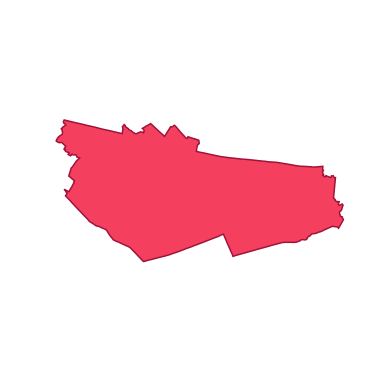 Gia Rai, Bạc Liêu, Vietnam (Albers equal-area conic projection), rotated 208°
{"feature_id": "81297802B74217032443586", "entity_name": "Gia Rai", "entity_type": "district", "adm_level": 2, "iso_a3": "VNM", "parent_name": "Vietnam", "parent_adm1": "Bạc Liêu", "projection": "albers", "projection_center": [105.394, 9.263], "detail": "fine", "context": "isolated", "style": "filled", "palette": "rose", "viewbox_px": 384, "rotation_deg": 208, "n_neighbors": 0, "source": "geoboundaries", "source_scale": "gbopen_adm2", "svg_char_len": 5938}
<svg xmlns="http://www.w3.org/2000/svg" viewBox="0 0 384 384"><g transform="rotate(208 192 192)"><path d="M88.5,276.1L92.8,273.3L96.3,271.1L98.0,270.4L99.2,270.0L100.4,269.4L105.4,267.1L107.8,265.9L108.9,265.4L112.3,264.2L113.8,263.7L118.5,262.2L128.1,259.0L128.9,258.7L130.0,258.4L131.7,257.7L137.3,255.2L139.1,254.4L142.0,253.4L144.2,252.4L156.7,247.4L160.3,245.9L162.8,244.7L165.9,243.5L169.9,241.9L171.4,241.3L175.9,239.5L181.6,237.4L182.3,237.1L184.9,236.3L189.2,235.0L191.1,234.5L194.4,233.5L197.5,232.7L200.3,231.9L203.2,231.0L207.1,229.9L207.3,230.7L207.4,230.9L207.8,231.4L208.0,231.7L209.1,235.7L209.1,236.2L209.0,236.5L208.5,237.8L208.4,238.2L210.3,240.9L211.6,240.7L215.3,240.1L215.3,239.9L217.5,239.6L221.5,238.9L221.2,237.3L222.9,236.8L223.4,237.1L229.7,239.3L233.0,240.6L236.5,242.0L238.7,242.7L239.1,242.3L239.3,241.9L239.9,240.4L240.3,240.0L240.5,239.9L241.5,239.6L242.1,231.2L242.4,228.2L244.5,228.8L246.6,229.3L255.0,231.5L258.6,232.5L260.7,233.0L261.1,232.0L261.8,231.1L262.6,229.8L263.7,228.3L264.4,226.9L265.7,224.9L265.2,224.8L264.4,224.4L263.7,224.3L263.4,224.2L263.2,223.9L263.0,223.4L262.6,222.2L262.5,221.8L262.5,221.6L262.9,221.7L263.3,221.7L263.8,221.6L264.4,221.5L264.9,221.2L265.7,220.8L266.2,220.3L266.5,220.0L267.6,218.6L268.3,217.6L268.4,217.4L268.6,217.3L269.3,217.0L269.7,216.9L270.3,216.9L271.2,217.1L271.6,217.1L272.7,217.0L273.3,217.2L273.7,217.4L274.3,217.6L274.6,217.6L275.7,217.4L276.6,217.4L277.2,217.6L278.0,218.0L278.4,218.1L280.3,218.2L281.6,218.8L282.5,219.5L283.5,219.7L283.5,219.1L284.1,217.4L284.1,217.1L284.0,216.8L283.8,216.6L283.1,215.9L282.8,215.4L282.3,214.6L281.9,213.2L281.0,210.8L282.1,210.5L283.1,210.2L287.7,209.0L294.2,207.3L296.1,206.7L302.4,205.0L306.5,204.1L311.0,202.9L315.3,201.7L319.8,200.6L321.9,200.0L323.6,199.6L327.0,198.6L338.7,195.6L338.6,193.9L338.5,193.6L338.3,193.3L337.8,192.8L337.6,192.7L337.0,192.5L335.6,192.3L335.3,192.2L335.0,191.9L335.0,191.7L335.1,191.3L335.8,190.1L336.5,188.7L336.6,188.4L336.7,187.7L336.8,187.4L337.2,186.6L337.0,186.4L336.9,186.4L336.4,186.6L336.2,186.4L335.8,185.5L335.6,185.3L334.6,184.2L334.3,183.7L333.9,183.1L333.7,182.5L333.7,182.2L333.9,181.6L334.1,181.1L334.6,180.4L335.5,178.6L335.8,177.7L335.9,177.2L336.0,175.7L336.1,174.9L336.0,173.8L335.9,173.3L335.6,173.2L335.3,173.1L334.2,173.1L333.7,173.1L333.0,173.1L332.5,173.2L331.8,173.5L331.2,173.9L330.5,174.4L330.2,174.5L329.8,174.5L329.3,174.4L326.9,173.6L325.7,173.3L325.0,173.2L325.1,171.6L325.2,170.0L325.1,169.8L325.0,169.6L324.5,169.6L324.4,169.7L324.3,169.9L324.1,170.1L323.8,170.1L323.7,170.0L323.6,169.1L323.5,168.9L323.2,168.9L322.3,168.5L321.9,168.5L321.1,168.7L319.1,169.0L319.1,167.5L319.1,167.1L317.0,166.9L316.2,167.0L316.2,167.8L316.1,168.0L315.9,168.0L315.8,169.0L315.7,169.1L314.7,168.9L314.3,169.0L313.7,169.3L313.3,169.5L312.5,170.1L312.1,170.3L311.8,170.2L311.5,170.1L311.1,169.8L310.5,169.2L310.0,168.9L309.6,168.8L309.3,168.9L307.5,169.3L307.1,169.3L308.0,166.9L308.6,165.3L309.2,159.7L309.4,157.8L309.5,157.6L309.9,156.6L309.9,156.3L309.6,155.0L308.3,148.2L306.3,147.9L304.1,147.3L301.1,146.8L301.0,145.2L300.7,145.2L300.6,144.4L300.6,140.0L300.8,136.3L300.8,134.5L305.7,134.4L306.2,134.4L304.9,133.8L302.5,132.8L302.6,132.6L301.7,132.3L301.6,132.1L301.6,131.5L301.8,130.9L301.9,129.2L295.3,127.1L293.4,126.3L288.3,124.6L283.7,123.0L281.8,122.4L279.3,121.6L278.7,121.4L277.8,121.0L275.8,120.4L274.1,119.8L273.2,119.6L268.4,117.8L266.7,117.7L265.2,117.6L263.5,117.5L261.9,117.2L261.2,117.2L260.5,117.2L259.6,117.4L258.5,117.8L257.9,117.9L256.1,118.0L254.3,118.0L252.0,118.3L251.2,118.4L250.4,118.3L248.4,117.6L247.6,117.0L244.4,115.2L241.8,114.0L240.2,113.5L239.2,112.9L238.5,112.8L236.8,112.9L235.8,113.0L234.4,113.1L233.3,113.3L227.9,113.5L227.1,113.6L224.7,113.7L223.1,113.9L221.9,113.9L220.8,113.8L220.0,113.7L218.0,113.0L217.2,112.9L216.4,112.5L211.7,111.0L210.0,110.4L205.6,108.9L203.6,108.2L202.7,108.0L202.0,107.9L200.9,108.9L200.4,109.5L199.5,110.3L198.8,111.1L196.4,113.1L193.9,115.5L193.0,116.2L191.9,117.3L189.4,119.6L186.0,122.6L183.2,125.3L182.0,126.5L179.9,128.9L177.2,131.7L175.4,133.7L173.6,135.7L172.8,136.7L170.2,139.7L166.6,143.6L164.9,145.7L162.7,148.1L161.6,149.4L160.4,150.7L158.0,153.5L155.7,156.2L150.8,161.9L147.3,165.8L147.0,166.4L146.7,166.9L145.7,168.1L144.4,169.5L136.2,162.9L134.8,161.8L129.2,157.4L127.0,155.7L125.6,154.4L123.5,156.6L112.5,167.1L110.2,169.3L106.3,173.1L103.6,175.6L102.0,177.1L100.9,178.1L96.2,182.7L88.5,189.8L88.2,190.1L87.4,190.4L86.1,191.4L85.3,191.8L84.6,192.1L80.3,194.4L79.2,194.9L76.9,196.3L76.2,196.8L75.7,197.4L74.3,198.9L74.0,199.2L73.0,201.1L72.6,201.5L72.2,201.8L70.1,202.6L69.7,202.8L69.1,203.3L68.6,203.9L68.5,204.6L68.6,206.4L68.6,206.8L68.3,207.3L67.6,208.1L67.2,208.8L67.0,209.4L66.8,210.6L66.6,211.0L66.2,211.5L65.8,211.9L64.5,212.6L63.9,213.0L62.9,214.0L61.4,215.9L61.0,216.3L60.1,217.0L59.4,217.8L57.7,220.1L57.4,220.6L57.3,220.8L56.5,221.8L55.6,222.9L54.8,224.0L53.5,225.6L52.7,226.7L52.3,227.2L51.9,227.6L50.9,228.0L47.6,229.2L47.0,229.3L46.3,229.1L45.6,228.8L45.5,230.2L45.4,235.6L45.3,237.3L45.4,238.7L45.5,238.9L46.3,239.4L47.4,240.0L48.1,240.3L48.0,240.6L50.0,240.4L50.5,241.3L51.6,242.3L52.0,242.8L52.2,243.1L52.3,243.8L51.9,244.6L51.7,245.3L51.6,247.0L51.7,247.6L52.0,248.1L52.1,248.6L52.3,250.5L52.4,251.2L52.5,251.3L53.0,251.5L53.5,251.8L53.8,251.9L54.4,250.9L55.2,250.1L55.5,249.8L55.6,249.5L55.9,249.5L56.6,249.6L56.9,249.8L57.0,249.9L57.2,250.5L57.5,252.6L57.8,252.5L59.0,251.8L59.4,251.8L59.5,251.4L60.2,251.5L61.4,251.6L61.7,251.9L61.9,252.4L62.8,252.8L64.2,253.1L72.1,272.1L72.7,271.7L73.1,271.6L73.3,271.7L73.6,271.8L74.2,272.0L75.0,272.7L75.7,272.2L76.5,271.6L76.2,270.8L76.2,269.9L77.5,269.7L80.2,269.4L81.3,269.4L81.5,267.9L84.4,268.1L84.0,268.9L84.0,269.2L84.2,269.3L84.7,269.6L85.1,269.9L85.6,270.4L86.4,271.0L86.1,272.0L86.1,272.9L86.8,273.1L87.1,273.3L87.6,273.9L88.1,275.2L88.4,275.8L88.5,276.1Z" fill="#f43f5e" stroke="#9f1239" stroke-width="1.5"/></g></svg>